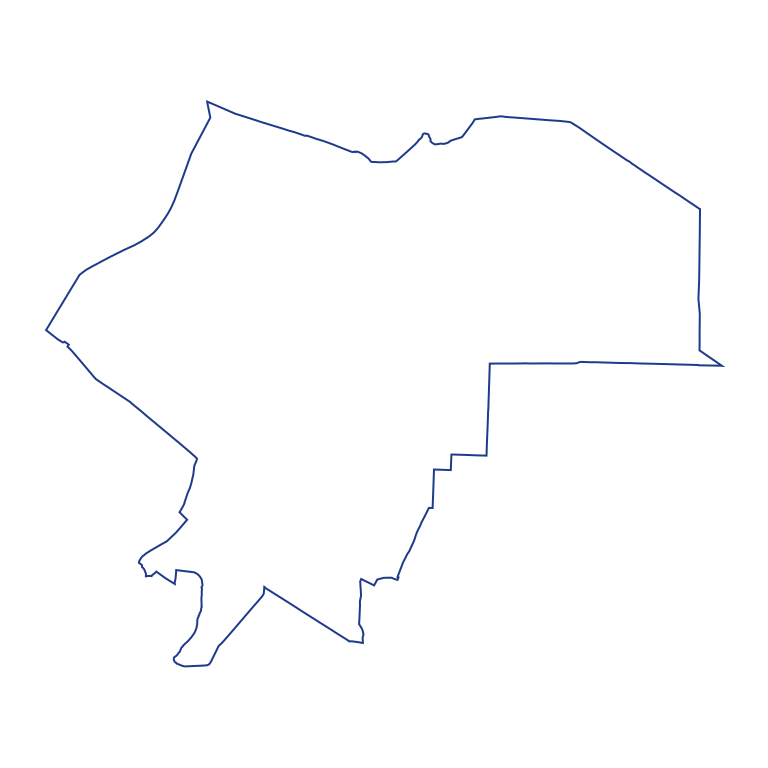 Garliciu, Constanta, Romania
{"feature_id": "2599482B92428922376661", "entity_name": "Garliciu", "entity_type": "district", "adm_level": 2, "iso_a3": "ROU", "parent_name": "Romania", "parent_adm1": "Constanta", "projection": "natural_earth1", "projection_center": [28.106, 44.755], "detail": "fine", "context": "isolated", "style": "outline", "palette": "blue", "viewbox_px": 768, "rotation_deg": 0, "n_neighbors": 0, "source": "geoboundaries", "source_scale": "gbopen_adm2", "svg_char_len": 5755}
<svg xmlns="http://www.w3.org/2000/svg" viewBox="0 0 768 768"><path d="M46.1,330.1L51.5,334.4L57.6,339.2L57.7,339.3L62.8,342.4L63.7,342.3L64.6,341.7L68.8,344.7L67.5,346.6L71.3,350.3L76.5,356.3L86.6,368.2L89.7,371.9L92.8,375.6L95.9,379.1L102.6,383.7L112.6,390.3L130.3,402.1L131.3,403.1L131.7,403.5L140.0,410.2L147.1,416.3L163.5,429.9L178.7,442.6L188.9,451.2L195.0,456.6L196.8,458.4L197.0,458.6L196.4,460.9L196.1,461.7L196.0,461.8L195.2,463.7L194.5,465.3L194.2,466.7L194.0,468.3L193.7,471.7L193.3,474.6L192.7,477.1L191.5,482.4L191.3,483.4L190.8,485.0L190.1,487.3L189.4,489.2L188.6,490.9L188.0,492.2L187.3,494.1L186.0,498.1L185.2,500.5L184.8,501.5L184.3,503.4L184.4,503.5L183.4,505.5L182.3,507.5L181.0,509.9L179.5,512.2L179.7,512.4L187.1,519.8L186.6,520.3L181.2,526.7L178.6,529.7L176.6,531.9L175.5,533.1L166.6,541.5L165.9,541.8L162.7,543.6L161.6,544.2L157.8,546.4L150.2,550.8L148.7,551.8L146.1,553.4L143.9,555.3L142.4,556.3L140.8,558.4L140.6,558.7L139.2,561.2L139.0,563.0L140.5,563.9L141.6,564.8L142.0,565.4L142.1,566.0L142.2,567.3L143.2,568.0L144.0,569.0L144.6,570.2L145.3,572.1L145.9,573.5L146.0,575.2L145.8,576.2L146.1,576.5L146.9,576.1L147.7,576.0L149.3,575.9L150.9,576.0L151.6,576.1L151.9,575.4L153.0,574.5L155.0,573.0L156.3,571.6L165.6,578.3L174.8,584.0L174.8,582.1L175.6,578.2L176.0,573.3L176.2,570.1L186.0,571.3L192.7,572.1L194.1,572.3L197.3,573.9L199.9,576.5L201.7,579.5L202.5,584.8L202.1,586.5L201.5,587.2L201.6,588.0L202.0,588.7L201.7,591.9L201.8,594.2L201.5,597.3L201.4,600.2L201.6,603.3L201.5,605.7L201.8,606.8L201.3,607.8L200.8,611.2L200.1,612.5L199.6,613.4L199.3,614.8L198.6,615.8L198.6,616.7L197.8,617.9L197.5,619.4L197.3,620.2L197.2,623.8L197.2,624.7L196.9,625.2L196.7,626.2L196.8,626.9L196.5,627.8L195.0,631.8L194.1,633.4L191.5,637.1L188.0,641.1L184.8,644.0L183.0,645.7L182.7,646.5L181.7,647.3L181.4,647.7L180.6,649.7L180.0,650.9L179.8,651.8L179.1,652.3L178.6,652.8L178.2,653.6L177.7,654.3L176.4,655.7L174.1,657.4L173.7,658.8L173.9,659.9L174.6,661.7L175.2,662.3L176.0,662.8L176.6,663.2L176.8,663.6L179.6,664.7L181.9,665.7L183.2,666.1L183.6,666.2L184.5,666.3L185.6,666.4L192.1,666.1L201.2,665.7L205.9,665.4L206.9,665.3L208.0,664.9L209.3,664.1L210.2,663.0L211.5,660.6L216.2,651.0L218.3,646.7L219.1,645.5L220.4,644.4L221.4,643.5L223.7,641.0L231.1,632.5L253.7,606.1L257.4,601.9L261.1,597.6L262.2,596.3L262.9,595.2L263.4,594.4L263.8,593.3L263.9,592.1L264.1,590.2L264.3,586.9L264.9,587.3L264.9,587.7L275.1,594.1L289.5,603.2L298.1,608.7L301.6,611.0L321.3,623.5L325.0,625.8L332.1,630.3L336.9,633.4L339.6,635.1L349.1,641.1L349.1,641.3L350.8,641.3L352.6,641.4L353.5,641.5L354.7,641.7L357.8,642.1L362.8,643.0L362.8,642.9L362.9,642.2L362.6,637.5L363.1,636.0L363.5,634.1L363.1,632.7L362.6,630.4L361.7,628.3L360.0,625.6L359.1,624.2L359.1,623.6L359.3,621.1L360.0,605.4L359.9,601.4L360.3,599.5L360.6,597.6L361.1,595.8L360.2,581.5L361.2,579.0L374.1,585.4L377.3,579.5L383.9,577.8L391.5,577.7L394.2,578.9L396.6,579.6L397.5,579.9L398.5,577.4L397.5,577.0L402.4,564.2L402.7,563.2L407.4,553.9L409.1,551.5L411.6,546.1L414.1,540.7L416.0,534.7L417.6,530.7L419.9,526.3L421.9,521.6L424.9,516.0L427.5,510.7L428.9,507.9L432.6,508.0L433.3,489.8L434.0,469.5L450.8,470.1L451.2,459.8L451.4,454.6L451.6,454.5L455.7,454.6L461.8,454.8L467.8,455.0L477.6,455.4L486.5,455.6L486.6,453.2L486.7,449.4L486.9,443.5L487.7,424.2L488.1,411.7L488.4,408.2L488.4,407.9L488.4,406.6L489.8,363.6L504.9,363.5L514.2,363.5L524.7,363.4L524.8,363.3L529.2,363.5L542.0,363.4L572.5,363.5L577.0,363.2L578.1,362.6L579.9,362.0L581.8,361.9L592.4,362.3L594.5,362.2L619.9,363.0L630.8,363.1L640.6,363.5L650.8,363.7L698.2,365.0L698.6,365.3L710.1,365.5L720.3,365.7L721.9,365.8L710.6,358.0L699.5,350.4L699.6,343.8L699.6,333.1L699.8,313.9L698.4,298.6L699.1,282.1L699.3,269.8L699.5,254.6L699.7,239.7L699.8,233.2L699.8,231.8L700.0,210.0L700.0,209.2L699.9,209.2L699.7,209.0L688.1,201.2L678.8,194.9L673.8,191.7L660.2,182.6L647.7,174.2L646.7,173.6L646.2,173.3L636.9,167.0L636.0,166.3L631.6,163.4L630.8,162.7L629.7,161.8L629.0,161.3L628.0,160.9L626.5,160.0L618.5,154.6L617.0,153.6L614.9,152.2L608.1,147.6L599.0,141.4L587.3,133.3L579.9,128.1L575.0,125.0L571.0,122.5L569.5,122.0L565.8,121.6L560.4,121.0L557.8,120.8L554.3,120.6L551.3,120.4L515.2,117.6L506.5,117.0L504.6,116.8L504.2,116.6L500.8,116.3L493.9,117.2L485.8,118.1L480.6,118.7L479.8,118.7L476.2,119.2L475.0,119.3L474.8,119.4L472.5,123.1L465.0,133.2L462.2,136.8L461.9,137.1L459.2,138.0L454.9,139.3L451.7,140.3L450.7,140.8L450.3,141.0L449.5,141.3L449.1,142.1L446.3,143.4L445.1,143.4L444.2,143.9L441.9,143.7L440.2,143.7L437.3,144.2L437.2,144.1L435.4,144.4L434.7,144.3L432.1,142.8L430.5,141.3L430.6,140.3L430.4,138.8L429.8,137.8L429.1,136.7L428.7,135.0L428.1,134.2L427.3,133.9L425.6,133.7L425.1,133.4L424.1,133.5L423.3,133.9L422.9,134.2L422.6,135.2L421.7,137.4L419.1,139.9L418.9,139.8L417.7,141.6L414.6,144.9L408.3,150.6L396.7,160.9L395.2,161.6L392.8,161.5L387.3,162.1L380.0,162.3L371.9,161.9L370.9,161.6L368.6,158.6L363.9,154.9L361.3,153.2L357.3,151.6L355.5,152.1L355.0,151.5L354.6,151.6L353.2,152.1L351.9,151.9L344.8,149.2L341.3,147.8L336.7,146.0L333.6,144.7L328.4,142.8L323.4,141.0L316.1,138.8L308.1,136.0L306.6,135.6L305.3,135.9L294.3,132.1L289.4,130.8L281.7,128.3L274.4,126.1L268.9,124.4L262.0,122.3L254.4,119.8L248.5,117.9L241.2,115.6L235.2,113.7L207.2,101.6L207.4,103.2L208.9,110.4L210.3,117.7L191.3,153.6L177.1,193.2L176.5,194.7L174.9,199.1L174.5,200.2L171.0,208.0L167.8,213.7L165.8,216.8L163.3,220.6L158.1,227.8L154.1,232.3L149.8,235.9L147.2,237.6L147.0,237.9L146.9,237.9L146.3,238.2L141.2,241.5L132.9,246.0L132.5,246.1L125.9,249.1L125.4,249.4L125.1,249.4L115.3,254.3L114.0,255.0L110.9,256.5L102.3,261.0L96.8,264.0L92.2,266.4L88.0,268.8L86.7,269.5L85.6,270.2L80.7,273.9L79.5,274.9L51.7,320.8L46.1,330.1Z" fill="none" stroke="#1e3a8a" stroke-width="2"/></svg>